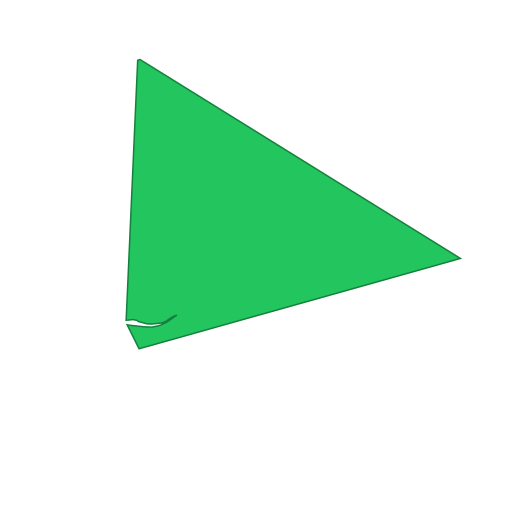 Ngesias, Peleliu, Palau (Mercator projection), rotated 204°
{"feature_id": "81905179B61182383580434", "entity_name": "Ngesias", "entity_type": "district", "adm_level": 2, "iso_a3": "PLW", "parent_name": "Palau", "parent_adm1": "Peleliu", "projection": "mercator", "projection_center": [134.244, 7.006], "detail": "fine", "context": "isolated", "style": "filled", "palette": "green", "viewbox_px": 512, "rotation_deg": 204, "n_neighbors": 0, "source": "geoboundaries", "source_scale": "gbopen_adm2", "svg_char_len": 482}
<svg xmlns="http://www.w3.org/2000/svg" viewBox="0 0 512 512"><g transform="rotate(204 256 256)"><path d="M348.5,144.5L346.1,145.8L342.4,147.9L338.9,148.7L336.5,148.3L334.3,148.7L328.3,149.6L324.0,151.2L320.5,153.2L315.0,156.4L311.8,159.6L309.4,163.8L306.5,167.8L304.2,169.8L310.4,159.6L314.9,154.2L317.8,151.8L322.2,148.7L328.9,146.0L341.8,141.8L345.7,140.7L325.1,123.7L68.3,336.9L441.9,388.3L443.7,386.7L348.5,144.5Z" fill="#22c55e" stroke="#15803d" stroke-width="1.5"/></g></svg>